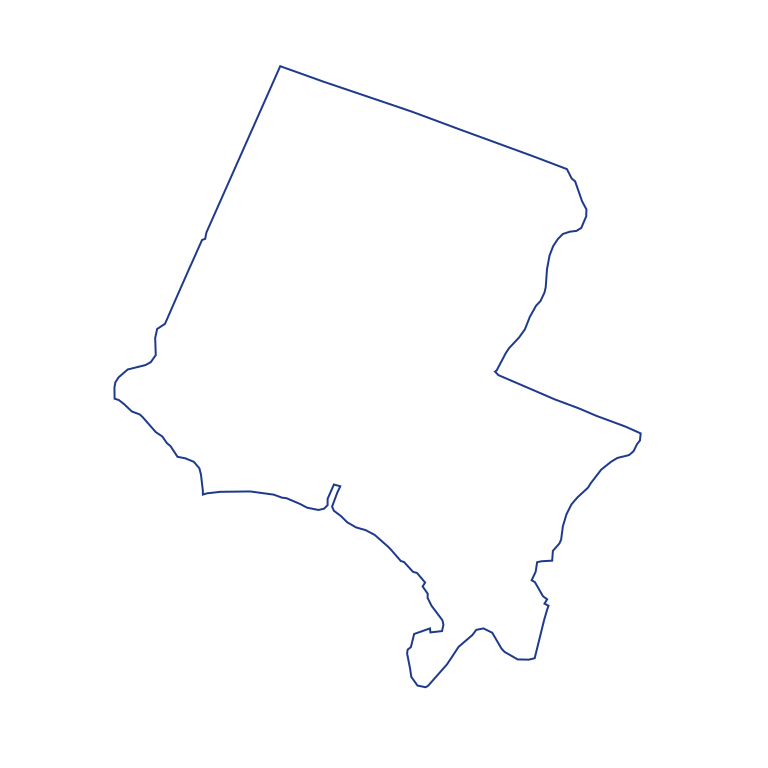 outline of Central Honiara, Capital Territory (Honiara), Solomon Islands, rotated 193°
{"feature_id": "97153195B38090868085036", "entity_name": "Central Honiara", "entity_type": "district", "adm_level": 2, "iso_a3": "SLB", "parent_name": "Solomon Islands", "parent_adm1": "Capital Territory (Honiara)", "projection": "natural_earth1", "projection_center": [159.962, -9.442], "detail": "fine", "context": "isolated", "style": "outline", "palette": "blue", "viewbox_px": 768, "rotation_deg": 193, "n_neighbors": 0, "source": "geoboundaries", "source_scale": "gbopen_adm2", "svg_char_len": 2083}
<svg xmlns="http://www.w3.org/2000/svg" viewBox="0 0 768 768"><g transform="rotate(193 384 384)"><path d="M535.6,235.5L532.0,237.6L519.3,242.1L490.3,249.2L466.6,251.4L457.9,250.3L453.3,250.8L439.2,248.3L431.1,246.2L419.5,246.5L414.3,249.1L411.7,253.3L413.1,259.4L410.2,274.8L403.6,274.5L405.1,267.6L407.0,252.8L404.3,249.2L396.2,245.6L388.8,241.0L379.1,238.0L369.1,237.5L359.0,234.8L342.7,226.0L339.9,224.1L327.8,215.3L324.5,215.1L313.5,207.5L309.3,207.3L299.3,199.8L300.8,195.4L294.2,189.4L293.4,185.4L287.8,178.6L273.9,166.9L271.9,162.7L271.9,156.3L282.9,152.4L284.2,156.2L298.4,147.2L298.6,133.7L301.2,130.5L300.9,126.7L294.5,112.4L291.5,104.7L283.5,97.7L275.2,97.9L273.2,99.8L259.6,124.9L256.4,133.3L252.2,144.7L241.4,159.3L238.8,165.2L232.1,168.2L222.6,166.0L210.0,152.6L206.3,150.1L191.8,145.7L180.9,148.0L175.5,150.7L174.9,189.9L174.3,200.8L173.8,204.9L178.2,206.1L176.6,210.9L181.4,213.0L192.4,224.9L196.0,226.0L194.0,235.1L194.7,244.8L190.7,246.7L180.4,249.7L181.9,259.4L177.2,268.1L176.4,272.2L177.7,285.5L176.9,298.1L174.3,308.8L172.1,313.1L169.7,317.5L161.9,328.9L160.2,333.9L153.1,349.4L145.2,359.4L139.9,364.5L132.1,368.4L129.2,369.9L125.7,374.7L123.9,382.4L121.9,386.6L122.8,393.6L139.1,396.8L169.6,400.7L188.1,404.0L214.0,407.4L220.6,408.6L274.6,418.4L278.6,421.1L277.3,422.5L272.3,441.4L270.2,447.1L262.9,459.6L259.0,469.0L257.0,482.2L253.4,494.6L250.2,500.0L248.2,509.2L248.2,514.6L251.0,532.6L251.6,546.4L250.2,556.3L247.3,564.2L243.5,570.4L237.2,574.2L230.9,576.5L226.9,580.4L224.7,592.8L226.0,599.6L232.1,606.6L243.4,624.5L247.3,626.4L254.1,634.5L289.0,639.3L367.0,649.0L418.7,655.7L511.4,665.0L556.6,670.3L591.1,491.8L590.9,485.2L593.7,483.4L598.4,459.1L599.3,454.9L605.8,420.8L610.9,393.4L617.4,386.6L617.3,377.3L612.9,360.9L616.1,352.9L620.5,348.9L637.0,340.5L644.1,330.8L646.1,325.3L645.9,320.1L643.2,309.1L638.7,308.7L632.7,305.9L623.5,300.5L615.1,299.4L611.8,297.5L595.6,285.8L588.2,283.0L582.2,277.5L578.1,275.5L568.8,266.6L561.0,266.9L551.8,265.4L544.9,260.3L541.9,254.4L536.4,239.0L535.6,235.5Z" fill="none" stroke="#1e3a8a" stroke-width="2"/></g></svg>